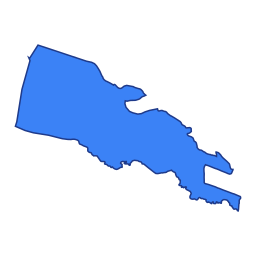 Belmont, Dennery, Saint Lucia
{"feature_id": "8701671B1177875671821", "entity_name": "Belmont", "entity_type": "district", "adm_level": 2, "iso_a3": "LCA", "parent_name": "Saint Lucia", "parent_adm1": "Dennery", "projection": "albers", "projection_center": [-60.925, 13.95], "detail": "fine", "context": "isolated", "style": "filled", "palette": "blue", "viewbox_px": 256, "rotation_deg": 0, "n_neighbors": 0, "source": "geoboundaries", "source_scale": "gbopen_adm2", "svg_char_len": 5943}
<svg xmlns="http://www.w3.org/2000/svg" viewBox="0 0 256 256"><path d="M157.5,108.8L149.6,110.4L145.0,111.9L141.4,113.6L137.8,114.1L132.8,112.8L129.5,111.4L126.0,107.3L124.9,103.6L125.3,100.8L127.1,101.2L130.0,100.5L131.4,100.4L135.1,100.3L136.5,100.0L137.6,99.6L138.8,99.3L140.0,98.6L141.7,97.1L142.5,96.6L144.3,96.0L145.8,95.2L144.9,94.5L143.3,92.9L142.9,91.7L142.4,91.0L141.1,89.7L140.5,89.2L139.4,88.8L138.1,88.5L134.9,87.5L133.2,86.6L126.7,85.4L125.3,85.8L124.2,86.1L121.5,88.2L120.6,88.4L119.8,88.4L118.9,88.2L117.7,87.5L115.4,85.0L115.0,84.7L114.6,84.5L114.1,84.5L113.5,85.1L112.6,84.5L110.0,83.0L107.0,81.5L106.0,81.1L105.1,80.5L104.2,79.8L103.6,79.0L103.1,78.4L102.9,77.4L102.5,76.7L101.8,75.7L100.7,73.2L99.9,71.3L98.3,68.6L96.5,65.8L94.5,63.7L91.6,62.3L86.5,61.2L38.0,45.1L29.6,58.3L28.8,57.7L30.0,60.6L22.0,89.2L16.8,121.8L15.4,126.3L25.1,130.5L33.4,132.8L48.5,135.2L62.3,138.7L67.7,139.4L71.1,139.5L71.9,139.3L73.7,139.2L74.7,139.3L75.6,139.5L77.1,140.0L78.1,140.5L78.7,141.2L79.2,143.1L79.5,143.8L80.0,144.2L81.3,144.6L83.6,145.9L86.4,146.9L87.3,147.4L87.6,147.8L87.8,148.2L87.8,150.0L87.8,150.9L88.0,151.2L88.7,151.9L89.5,152.4L90.6,152.6L91.0,152.7L91.3,153.1L92.1,154.6L92.7,155.1L93.6,155.7L93.8,155.9L94.0,155.8L96.0,155.8L97.1,156.0L99.2,159.0L99.7,159.8L100.8,161.2L101.2,161.4L104.5,161.6L104.8,161.8L105.0,162.6L104.6,163.8L104.8,164.0L105.1,164.2L106.0,164.3L106.7,164.5L108.3,166.0L110.0,166.1L110.2,166.3L110.9,167.3L111.2,167.5L111.5,167.4L111.7,167.2L112.5,167.0L112.9,167.6L113.9,168.4L115.2,169.1L116.7,169.4L117.9,169.0L120.8,167.3L122.0,167.3L122.2,166.9L122.0,165.3L122.1,164.5L121.6,164.0L120.9,163.7L120.6,163.4L120.7,162.7L120.9,162.5L121.3,161.8L121.6,161.7L122.4,161.5L123.0,161.4L124.0,161.6L126.3,161.5L126.4,162.1L126.2,162.4L125.8,162.6L124.5,162.8L124.3,163.0L124.2,163.3L124.3,163.4L124.9,163.8L125.3,163.9L127.7,163.9L128.0,164.0L128.5,164.2L128.9,164.9L129.3,165.2L129.7,165.3L129.9,165.2L130.2,164.9L130.2,164.4L129.9,164.1L130.1,163.6L131.9,161.6L132.3,161.0L132.8,160.7L133.6,160.6L134.2,160.3L134.5,160.3L137.9,160.7L138.5,161.1L139.3,161.6L140.1,161.6L141.4,162.2L142.1,163.6L142.2,163.9L143.5,164.0L144.0,164.2L148.4,167.8L154.0,172.2L155.7,173.4L156.1,173.5L157.9,173.6L160.9,173.0L161.7,172.8L161.9,172.8L162.1,172.9L162.7,172.9L164.0,172.6L165.4,172.5L166.4,172.2L167.5,171.4L168.3,171.1L171.6,170.2L171.9,170.7L172.9,171.4L173.4,171.8L174.7,172.3L175.0,172.5L175.3,172.9L175.9,175.0L176.6,176.6L177.1,177.0L178.0,177.3L178.2,177.6L178.5,177.9L179.2,179.6L179.6,179.9L180.2,180.1L180.3,180.3L180.2,182.3L180.1,183.3L179.8,183.7L179.0,184.5L179.0,184.8L179.1,185.2L179.3,185.4L180.2,185.5L181.3,185.7L181.6,186.1L181.4,186.7L181.4,187.0L181.6,187.3L181.9,187.3L182.1,187.2L182.5,186.7L183.1,187.0L183.2,187.4L183.5,187.7L184.0,187.6L185.1,186.9L185.8,186.9L186.2,187.0L186.3,187.2L185.7,188.2L185.7,188.4L186.3,189.4L187.0,189.8L188.3,190.4L190.3,191.5L191.0,192.9L191.2,193.5L190.8,194.5L190.1,196.0L189.9,197.0L190.0,197.6L190.3,198.3L191.0,198.8L191.9,199.1L193.0,199.2L194.2,198.9L194.9,199.1L196.2,199.8L196.9,199.9L197.3,199.7L197.7,199.4L198.5,198.1L199.2,197.6L199.7,197.5L200.3,197.8L200.9,198.4L201.3,198.6L202.3,198.5L203.0,198.7L203.7,199.1L205.3,199.4L206.0,199.7L206.1,199.8L206.0,200.7L206.1,201.1L206.3,201.4L207.1,202.3L207.5,202.4L208.1,202.2L208.4,202.0L208.7,202.0L208.9,202.3L209.7,202.5L210.0,202.6L211.0,203.4L211.3,203.6L211.6,203.6L211.7,203.3L211.8,203.0L212.0,202.6L212.4,202.2L212.9,201.9L213.1,201.9L213.3,202.1L213.4,203.2L213.8,203.5L214.1,203.6L215.5,203.6L216.0,203.2L216.1,202.5L216.4,201.9L216.7,201.9L217.2,202.3L217.6,202.3L217.8,203.0L218.1,203.1L219.2,202.6L219.5,202.7L220.1,203.0L220.5,203.1L220.9,203.2L221.3,203.2L221.4,202.9L221.3,202.5L221.4,202.2L221.2,201.7L221.9,200.8L223.0,199.9L223.8,199.6L225.2,199.7L226.6,200.0L227.5,200.5L227.7,201.0L228.4,201.4L228.5,201.7L228.8,202.5L229.0,202.7L229.4,202.9L229.6,203.1L229.7,203.9L229.7,204.4L229.9,205.2L231.1,205.8L231.8,205.9L231.9,206.2L231.9,206.6L232.8,207.6L233.1,208.4L233.4,208.6L234.0,209.2L235.8,208.9L236.7,209.3L237.0,209.7L237.3,210.4L237.5,210.7L238.2,210.9L238.5,209.3L238.9,204.0L239.2,203.3L239.2,200.6L239.3,200.0L240.2,198.8L240.6,198.3L240.6,197.8L240.6,197.1L240.2,196.5L239.4,196.2L234.0,193.9L232.8,193.6L222.9,189.9L219.2,188.4L217.6,187.9L215.5,186.9L208.2,184.4L205.5,183.7L204.8,183.4L204.5,183.0L204.2,182.6L204.2,180.1L204.1,177.3L204.2,173.8L204.0,171.6L203.9,168.8L204.2,167.1L204.6,166.2L205.5,164.7L206.6,165.2L207.2,165.3L208.9,165.9L213.8,167.9L215.6,168.6L216.4,168.8L218.5,169.6L221.4,170.9L226.0,172.7L228.0,173.6L229.6,174.1L230.1,174.0L230.9,173.8L231.4,173.4L231.8,172.7L232.2,171.6L232.9,170.1L233.0,169.4L232.4,169.4L231.7,169.3L231.2,169.1L230.7,168.5L230.3,167.7L229.7,165.1L229.5,164.2L229.1,163.6L226.7,161.2L223.1,158.0L221.6,156.4L220.6,154.8L219.9,154.1L218.8,153.0L218.2,152.6L216.6,152.1L216.1,152.0L216.0,152.8L216.3,153.4L216.3,153.8L216.6,155.0L216.5,155.7L216.5,156.4L214.4,155.5L213.0,155.4L212.7,155.1L211.5,155.1L211.2,155.0L210.7,154.6L209.6,154.5L207.3,153.9L205.6,152.9L204.6,152.0L203.9,151.9L203.6,151.7L201.6,150.3L200.9,150.1L199.8,150.0L198.4,149.2L197.1,147.5L197.1,146.6L196.9,145.2L196.6,144.4L196.4,143.2L196.2,142.8L195.5,141.9L194.4,141.3L194.0,140.7L193.7,139.9L193.5,139.2L193.0,138.0L192.2,137.4L191.3,136.8L188.4,135.8L187.9,135.3L187.4,134.7L187.3,134.3L187.3,134.0L187.5,133.6L188.0,133.4L188.6,133.4L189.7,132.9L190.7,132.1L191.3,131.5L191.3,131.3L191.3,130.9L191.2,130.5L191.2,129.1L191.1,128.4L190.9,128.2L190.3,127.8L189.8,127.6L189.5,127.6L186.5,127.9L186.0,127.8L185.7,127.5L185.4,126.8L184.7,126.1L182.0,124.6L181.1,122.7L180.2,121.6L174.5,117.9L171.1,115.9L170.6,115.8L169.7,115.1L168.6,114.3L167.7,113.6L166.5,112.1L165.5,111.5L164.5,111.4L162.3,110.6L162.2,110.5L161.0,110.5L159.5,110.9L159.0,111.0L158.7,110.9L158.2,110.7L157.7,109.7L157.5,108.8Z" fill="#3b82f6" stroke="#1e3a8a" stroke-width="1.5"/></svg>